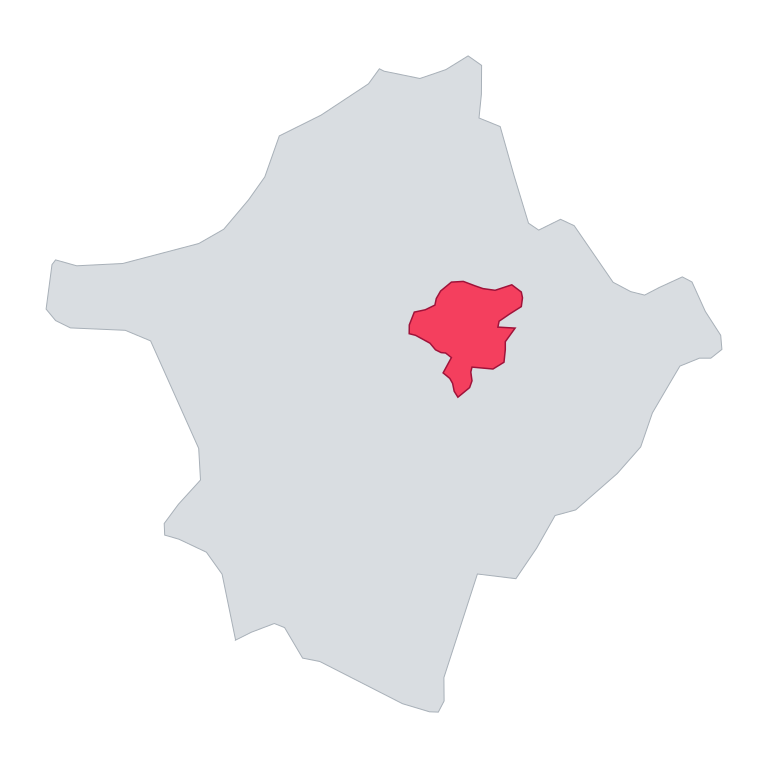 Srbica highlighted on a map of Kosovo, rotated 90°
{"feature_id": "KOS-5896", "entity_name": "Srbica", "entity_type": "District", "adm_level": 1, "iso_a3": "XKX", "parent_name": "Kosovo", "parent_adm1": "", "projection": "natural_earth1", "projection_center": [20.758, 42.727], "detail": "fine", "context": "in_parent", "style": "filled", "palette": "rose", "viewbox_px": 768, "rotation_deg": 90, "n_neighbors": 0, "source": "natural_earth", "source_scale": "10m", "svg_char_len": 1571}
<svg xmlns="http://www.w3.org/2000/svg" viewBox="0 0 768 768"><g transform="rotate(90 384 384)"><path d="M175.8,253.9L223.2,239.5L230.1,229.3L219.3,207.5L225.7,193.8L282.3,154.9L291.6,137.3L295.1,123.4L287.5,108.8L276.9,85.7L282.0,76.0L311.4,62.7L335.3,47.3L349.4,46.1L358.2,57.2L358.2,68.7L366.1,88.1L383.7,98.5L412.9,115.6L446.9,127.3L473.5,150.7L509.9,192.3L515.5,212.9L548.2,231.4L578.7,252.1L574.0,290.6L677.6,324.1L701.0,323.9L712.1,329.7L711.8,338.5L703.7,365.5L661.5,448.2L658.1,465.4L627.6,483.4L623.5,493.7L632.2,516.6L640.2,532.6L639.6,532.5L574.2,545.9L552.2,561.6L539.2,589.1L535.1,603.3L523.5,603.8L504.3,589.6L480.0,567.5L448.4,569.3L340.9,617.4L330.3,642.8L327.9,697.6L320.6,712.4L309.1,721.9L264.6,716.0L259.9,712.4L265.8,691.3L263.5,645.3L243.5,569.2L229.2,544.2L199.8,519.4L176.9,503.2L135.9,488.7L115.1,446.9L83.8,399.5L68.8,388.6L71.2,383.9L78.5,348.1L69.6,322.1L55.9,299.9L65.4,286.4L94.2,286.6L118.0,289.0L126.6,267.8L175.8,253.9Z" fill="#d9dde1" stroke="#a8b0b8" stroke-width="1"/><path d="M282.1,316.6L281.4,304.7L285.9,292.8L288.6,285.0L290.3,272.9L284.8,256.2L292.0,246.7L297.8,245.5L306.6,246.7L314.4,259.0L321.2,268.9L327.1,270.1L328.1,252.9L341.7,262.7L349.5,262.7L362.2,264.0L369.0,275.0L368.1,284.9L367.1,296.0L372.0,297.2L380.8,296.0L387.6,298.4L397.2,310.1L391.3,313.8L383.4,315.4L378.4,318.2L372.9,324.9L357.6,316.6L353.0,322.4L352.6,326.9L349.8,332.5L343.2,338.0L335.3,352.5L333.7,358.8L324.9,358.7L312.1,353.7L309.8,342.8L305.1,333.1L298.5,331.7L291.0,327.4L282.1,316.6Z" fill="#f43f5e" stroke="#9f1239" stroke-width="1.5"/></g></svg>